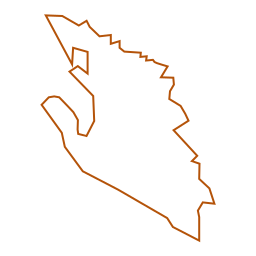 Vlorë, Vlorë, Albania
{"feature_id": "67620474B72762453157270", "entity_name": "Vlorë", "entity_type": "district", "adm_level": 2, "iso_a3": "ALB", "parent_name": "Albania", "parent_adm1": "Vlorë", "projection": "equal_earth", "projection_center": [19.584, 40.349], "detail": "fine", "context": "isolated", "style": "outline", "palette": "amber", "viewbox_px": 256, "rotation_deg": 0, "n_neighbors": 0, "source": "geoboundaries", "source_scale": "gbopen_adm2", "svg_char_len": 853}
<svg xmlns="http://www.w3.org/2000/svg" viewBox="0 0 256 256"><path d="M45.8,15.4L72.1,64.4L73.1,47.8L87.6,51.9L87.6,73.6L77.8,66.1L69.5,71.6L93.2,96.0L94.2,121.0L86.5,136.0L78.2,133.9L77.6,129.5L77.9,120.1L73.4,112.2L67.3,105.7L59.2,97.3L54.2,96.4L48.8,97.3L41.6,104.8L61.8,132.8L64.8,146.8L82.8,171.3L118.0,189.6L167.2,218.1L172.9,227.0L199.2,240.6L199.2,217.1L197.9,210.6L202.8,202.4L214.4,203.7L209.4,188.4L199.2,178.9L199.5,163.7L191.9,161.1L197.2,155.8L173.6,130.2L188.5,120.7L185.2,113.7L180.6,105.9L169.3,99.0L170.0,91.2L173.9,84.6L173.3,77.7L161.0,77.3L167.6,66.4L161.9,64.7L156.9,63.1L154.5,62.0L153.0,59.9L152.4,59.9L148.6,60.3L146.1,60.5L146.7,56.3L140.4,56.9L140.8,52.7L124.3,51.6L119.6,47.8L119.6,41.1L110.8,43.8L110.8,35.0L99.5,36.3L89.7,26.9L86.6,20.8L78.8,25.5L62.3,16.0L45.8,15.4Z" fill="none" stroke="#b45309" stroke-width="2"/></svg>